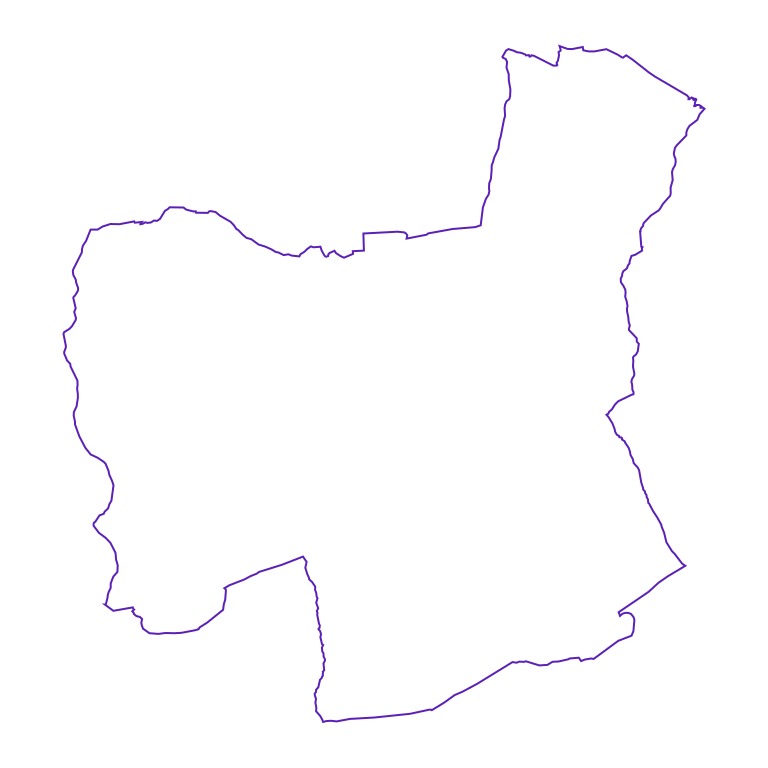 Zatreni, Vâlcea, Romania
{"feature_id": "2599482B72418277367964", "entity_name": "Zatreni", "entity_type": "district", "adm_level": 2, "iso_a3": "ROU", "parent_name": "Romania", "parent_adm1": "Vâlcea", "projection": "mercator", "projection_center": [23.843, 44.774], "detail": "fine", "context": "isolated", "style": "outline", "palette": "violet", "viewbox_px": 768, "rotation_deg": 0, "n_neighbors": 0, "source": "geoboundaries", "source_scale": "gbopen_adm2", "svg_char_len": 6016}
<svg xmlns="http://www.w3.org/2000/svg" viewBox="0 0 768 768"><path d="M685.3,565.8L682.1,563.6L674.7,553.9L672.0,551.2L666.4,542.2L664.1,532.7L661.5,526.3L661.3,524.8L657.1,517.2L653.2,511.3L649.2,503.7L648.3,502.9L647.9,499.2L646.7,497.2L646.5,495.1L645.2,493.2L644.9,491.3L643.2,489.5L643.0,487.8L641.3,482.7L639.1,470.2L637.7,467.5L633.7,463.1L632.8,459.1L630.5,454.9L629.9,451.4L628.7,447.9L625.1,442.6L624.9,441.5L622.0,439.5L622.1,438.5L621.6,437.6L619.3,437.2L619.1,436.0L616.9,434.8L615.3,432.1L614.4,428.4L612.4,423.3L608.4,416.9L606.5,414.8L608.5,413.5L608.9,412.0L611.8,409.5L615.1,404.4L618.2,401.3L631.7,394.7L633.4,394.3L633.5,393.4L633.5,392.1L632.4,389.8L632.1,384.5L631.4,381.8L632.0,379.1L634.0,375.8L634.4,373.9L633.0,366.7L633.3,360.5L633.0,357.5L633.7,356.3L635.9,354.7L637.8,351.3L638.8,343.8L636.8,341.6L636.7,338.2L629.0,330.1L628.9,328.8L629.8,325.4L628.7,321.9L628.2,316.6L627.1,311.6L627.0,308.6L627.5,306.0L626.7,301.4L625.2,296.7L625.6,292.7L625.3,289.6L623.2,285.5L621.1,282.6L620.8,281.2L620.8,278.4L622.0,276.0L622.4,273.2L623.4,271.1L626.8,268.5L628.1,265.2L629.5,263.5L629.6,261.4L631.5,255.9L635.2,254.8L642.1,250.6L641.8,247.7L642.4,247.1L641.3,246.6L640.1,231.5L640.5,231.4L640.4,230.3L641.4,227.8L643.2,225.8L643.2,224.4L643.7,223.1L650.9,215.5L658.7,210.4L660.2,208.5L662.9,203.9L670.2,195.7L670.7,193.4L670.6,187.6L672.7,180.1L672.0,172.1L672.8,169.2L675.1,165.1L675.7,161.8L675.5,158.9L674.3,156.0L673.8,153.4L675.0,147.8L676.7,145.4L686.3,135.5L686.4,132.2L687.4,129.2L689.5,125.8L697.3,119.9L699.6,114.3L704.5,108.7L703.0,107.7L700.5,107.8L700.5,107.2L701.4,106.4L699.1,105.0L696.6,105.0L695.6,106.0L694.3,106.2L694.2,105.7L694.9,105.0L694.9,102.6L696.3,99.5L696.0,99.1L695.0,98.7L694.6,98.9L694.3,99.9L693.5,99.9L693.0,99.0L693.2,98.2L691.6,97.5L689.4,99.2L688.5,99.2L688.7,97.4L687.0,95.4L655.0,76.6L648.7,72.3L632.8,59.8L626.2,55.3L623.0,57.6L622.2,57.5L617.6,54.6L606.4,49.2L594.5,51.4L588.5,51.4L583.3,50.3L582.8,47.0L572.0,49.1L567.5,48.9L559.6,46.1L560.7,50.0L560.4,50.8L558.6,52.0L559.0,55.5L557.9,60.8L556.6,62.8L557.3,65.1L556.7,65.6L553.3,65.6L533.9,55.8L531.5,55.3L530.7,56.4L529.5,56.6L528.9,55.1L526.0,55.4L525.5,54.6L521.4,52.9L516.5,52.1L514.3,50.9L508.5,49.1L506.1,50.5L502.4,56.9L503.0,57.8L505.6,58.9L507.1,61.9L506.5,67.7L508.7,74.1L508.8,80.3L510.4,89.4L510.1,96.4L509.3,99.1L506.5,101.4L505.1,104.6L504.6,108.3L505.1,116.0L504.0,119.5L500.7,136.6L499.5,140.3L498.4,148.6L494.2,157.6L493.2,161.5L491.7,165.5L491.6,170.4L490.9,178.9L489.2,183.4L489.0,189.0L489.4,190.9L488.6,194.6L485.9,198.8L482.9,207.5L480.7,225.3L475.3,227.1L452.6,229.0L428.2,233.4L426.6,234.7L406.6,238.6L407.3,235.3L406.0,233.5L404.3,232.4L397.5,231.7L363.4,233.5L363.9,250.6L352.8,251.2L353.0,253.9L344.0,257.7L340.4,256.0L336.0,253.1L334.5,250.8L329.7,252.9L328.5,254.1L328.1,256.1L326.3,256.7L325.2,256.4L324.3,255.3L321.7,250.6L320.4,246.7L313.6,247.3L310.9,246.4L307.1,249.1L304.5,251.7L300.4,254.3L299.4,256.4L291.8,255.6L288.3,254.3L283.7,255.1L278.5,252.5L275.8,252.0L271.5,249.4L265.5,246.7L258.5,244.5L251.3,239.2L246.5,237.9L242.6,234.6L238.3,230.1L236.4,229.0L234.0,225.4L230.6,221.8L220.0,215.7L215.5,212.0L210.7,211.1L209.1,211.4L207.8,212.9L196.0,212.7L195.7,211.3L193.8,211.5L187.5,210.0L185.9,209.4L183.5,207.5L169.6,207.3L168.1,208.9L164.9,210.9L160.0,218.9L157.0,220.9L154.1,220.5L150.8,222.5L147.4,222.9L145.3,222.3L142.7,223.8L140.4,224.2L140.5,223.1L141.6,222.0L134.8,222.7L134.2,221.4L119.4,224.2L110.5,224.0L102.7,226.5L97.6,229.6L90.6,229.6L86.1,240.9L83.0,245.5L82.1,248.6L81.8,252.5L73.1,269.7L72.8,271.7L73.4,275.2L75.7,279.5L76.3,283.1L78.1,288.0L78.1,290.0L77.6,291.3L75.0,295.6L73.7,296.7L73.3,297.9L75.7,308.4L74.2,311.9L76.0,318.2L75.6,320.2L71.9,326.3L69.4,328.9L64.1,332.2L63.5,333.9L65.9,346.0L65.8,347.6L64.2,351.9L64.2,353.5L67.1,360.5L70.2,363.8L70.6,366.6L77.4,380.5L77.6,384.8L77.1,388.9L77.8,393.5L77.9,397.7L76.6,406.4L73.9,412.0L73.7,415.7L75.0,421.7L75.0,424.4L79.3,436.3L85.4,447.9L90.7,454.5L97.7,457.8L103.9,462.0L105.6,463.8L108.5,470.8L109.3,474.8L112.2,481.2L113.5,485.4L111.4,500.8L109.5,503.9L108.1,508.4L104.7,511.6L103.7,513.8L99.5,515.4L95.2,521.9L94.0,522.6L93.6,523.9L93.6,525.8L99.0,532.9L105.7,537.9L110.4,542.8L115.5,552.8L116.1,559.7L117.7,565.2L117.4,572.0L113.4,576.5L112.1,579.7L110.7,583.6L110.7,587.9L108.6,592.2L107.7,595.5L107.6,597.4L105.8,604.5L104.8,604.5L113.4,610.8L132.8,607.4L133.3,608.9L134.1,609.6L132.3,611.3L133.8,613.0L133.9,614.0L136.5,616.1L139.8,616.9L142.1,619.0L141.3,622.8L141.9,625.7L143.1,628.7L149.4,633.2L158.4,633.9L165.5,633.0L174.6,633.2L181.6,632.8L195.8,630.1L198.6,629.2L198.6,628.6L200.2,627.0L207.2,622.6L223.1,609.8L223.8,604.4L225.2,599.6L225.9,590.9L225.7,589.4L224.4,588.2L229.5,585.2L244.3,579.5L250.4,576.2L256.8,573.6L259.1,571.9L281.6,564.9L303.0,556.6L306.6,561.9L305.3,567.8L307.4,574.4L309.1,578.1L309.2,579.4L312.0,581.9L315.2,586.6L315.1,589.9L316.2,592.8L316.7,596.9L317.5,598.2L316.2,602.8L318.2,608.2L316.8,611.2L317.5,612.8L317.2,614.7L318.9,623.3L319.8,625.5L319.6,627.7L318.6,628.6L318.5,629.2L320.1,631.1L321.0,633.9L320.4,637.3L322.0,644.1L323.2,645.0L321.9,647.6L322.3,651.5L323.5,653.3L323.6,656.5L325.0,659.4L324.7,661.2L323.5,663.4L324.2,670.3L322.8,671.7L323.1,672.9L322.7,674.0L322.9,675.7L322.1,676.7L321.9,677.7L320.0,679.8L318.3,687.3L316.1,689.7L316.0,691.9L314.7,693.6L314.9,695.6L316.0,698.7L315.4,702.8L316.3,707.4L316.1,711.3L320.1,715.8L322.3,719.7L323.1,721.9L326.8,721.0L331.1,720.8L336.6,721.4L350.1,718.9L374.5,717.5L410.1,713.8L429.2,709.7L431.1,709.7L431.8,710.2L444.5,702.4L454.6,695.1L462.5,691.7L477.2,683.8L512.5,662.1L516.6,662.7L519.4,661.6L523.9,661.9L525.9,661.3L539.3,665.4L547.4,664.9L552.5,661.8L558.5,661.5L568.2,659.3L569.5,658.5L578.8,657.7L581.1,661.1L584.6,659.6L591.0,658.5L593.7,658.9L618.3,640.8L631.5,635.7L633.4,631.2L634.4,619.9L633.6,617.2L631.0,613.9L628.2,612.9L625.2,612.9L622.5,613.7L620.0,615.9L618.7,612.2L648.5,591.9L658.7,582.6L667.8,576.3L685.3,565.8Z" fill="none" stroke="#5b21b6" stroke-width="2"/></svg>